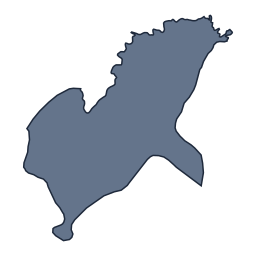 Santiago Atitlán, Sololá, Guatemala
{"feature_id": "79465075B45388350866104", "entity_name": "Santiago Atitlán", "entity_type": "district", "adm_level": 2, "iso_a3": "GTM", "parent_name": "Guatemala", "parent_adm1": "Sololá", "projection": "mercator", "projection_center": [-91.211, 14.599], "detail": "fine", "context": "isolated", "style": "filled", "palette": "slate", "viewbox_px": 256, "rotation_deg": 0, "n_neighbors": 0, "source": "geoboundaries", "source_scale": "gbopen_adm2", "svg_char_len": 4094}
<svg xmlns="http://www.w3.org/2000/svg" viewBox="0 0 256 256"><path d="M63.5,240.6L69.5,239.5L71.8,237.4L72.9,234.0L71.2,229.8L71.6,224.6L74.7,219.8L86.5,208.0L103.9,195.8L114.3,191.8L121.2,190.2L127.3,185.4L129.0,183.0L147.4,159.4L150.4,156.7L153.0,155.4L158.6,155.6L163.9,157.0L168.6,160.1L173.3,164.3L176.3,167.2L201.2,185.8L203.4,172.7L202.6,163.1L201.1,155.0L194.7,148.0L191.1,144.9L184.8,140.8L180.0,136.1L176.2,131.2L175.1,127.9L175.5,123.1L176.7,118.9L181.5,111.8L184.1,103.2L189.3,97.2L193.8,89.7L195.7,84.9L199.8,69.5L201.5,67.4L203.5,61.5L208.1,53.5L211.3,50.5L213.0,47.7L213.9,44.8L216.7,42.2L219.8,41.5L224.5,41.8L227.1,41.0L227.1,40.1L227.5,39.0L228.2,38.7L228.3,37.6L227.5,37.2L225.6,36.5L226.0,35.5L227.0,35.3L228.1,35.1L229.0,35.0L230.1,34.8L231.0,34.2L231.8,33.4L232.3,32.7L232.0,31.8L231.5,31.3L229.8,29.5L229.1,29.8L228.6,30.5L227.8,30.8L227.0,30.8L226.4,31.6L226.2,32.4L226.1,33.2L225.4,34.1L224.1,34.9L222.3,36.1L221.4,36.7L220.5,37.0L219.5,36.7L219.6,35.7L219.8,34.9L219.9,34.1L218.9,33.5L217.7,33.0L217.6,32.1L217.8,31.4L218.3,30.7L219.4,29.3L219.0,28.5L218.3,28.7L215.6,30.2L214.6,30.3L213.9,29.6L213.8,28.7L213.4,27.6L212.6,27.2L212.2,26.4L212.2,25.5L212.5,24.3L212.6,22.7L211.5,22.5L210.9,21.9L211.1,21.2L211.3,20.1L211.5,18.9L211.5,17.7L211.3,16.6L210.8,15.8L210.2,15.4L209.4,15.8L209.3,16.8L209.4,17.8L209.6,19.0L209.5,19.9L208.6,19.5L208.2,18.7L207.4,18.4L206.1,18.4L205.3,18.3L204.7,17.5L204.0,16.6L203.1,17.2L202.1,17.9L201.2,18.4L200.2,18.7L199.5,18.9L198.4,19.0L197.3,19.8L196.1,20.5L194.9,20.7L194.1,20.7L192.9,20.7L191.4,20.4L190.3,20.1L189.3,20.0L188.3,19.7L187.1,19.4L186.0,19.6L185.1,19.6L183.9,19.3L182.9,18.7L182.0,18.6L180.9,18.9L180.0,19.4L179.3,19.8L178.7,20.3L178.0,20.9L177.3,21.6L176.6,22.0L175.8,21.8L175.2,21.5L173.6,19.8L172.9,19.4L172.1,19.9L171.2,20.8L169.9,20.8L169.1,20.7L168.3,20.8L167.3,21.0L166.3,21.2L165.6,21.4L164.5,21.9L163.6,23.1L163.7,24.4L163.9,26.0L163.9,26.8L164.2,27.7L164.4,28.8L164.4,29.8L164.0,30.9L163.5,31.8L162.4,32.4L161.1,32.0L160.4,31.1L159.4,30.4L158.5,30.2L157.7,30.2L156.6,30.1L155.5,29.7L153.7,29.2L153.1,29.6L152.9,30.7L153.0,31.4L153.1,32.2L153.4,33.2L153.5,34.3L153.0,35.0L151.9,34.9L151.2,34.9L150.2,35.0L149.1,34.8L148.4,33.9L147.3,32.8L146.2,32.6L145.3,32.6L144.5,32.6L143.1,33.1L141.3,34.1L140.3,34.5L138.9,34.5L138.2,34.3L137.2,33.8L136.5,33.5L131.7,32.0L131.2,32.6L132.1,33.2L133.0,33.7L134.7,34.3L135.1,35.1L134.4,35.9L133.2,36.3L132.5,37.2L132.7,41.6L132.3,42.4L131.7,43.2L131.0,43.7L129.4,44.1L128.3,44.0L127.5,43.6L126.4,43.2L125.6,43.2L125.3,44.3L125.4,45.1L125.5,45.9L126.0,47.6L126.3,48.7L125.8,49.7L124.4,51.7L123.4,51.8L122.5,51.7L121.7,51.7L120.9,51.7L120.0,52.2L117.8,53.9L117.5,55.0L118.2,55.9L119.2,56.8L121.6,58.4L122.2,59.6L122.1,60.6L121.9,62.5L121.8,63.8L121.3,64.8L120.1,64.9L117.3,64.9L116.1,64.9L115.0,65.5L114.0,66.2L113.0,67.3L111.8,70.0L111.3,71.4L111.1,72.8L111.7,73.5L112.7,73.6L114.1,74.0L114.7,75.0L115.2,75.7L115.9,76.4L116.6,77.6L115.9,78.5L115.3,79.1L115.0,80.0L115.0,80.9L115.0,81.8L115.1,83.0L115.0,84.1L114.5,84.8L113.4,85.5L112.7,85.9L111.6,86.4L110.7,86.8L109.7,87.4L108.8,88.0L108.1,88.6L107.5,89.4L107.1,90.1L106.7,91.2L106.5,92.6L105.9,95.2L105.2,96.1L104.4,96.6L103.7,97.0L102.5,97.8L101.4,98.6L100.2,99.4L99.3,100.2L98.6,100.9L97.8,102.0L97.2,102.8L96.8,103.6L96.2,104.6L95.4,105.3L94.6,106.0L93.6,106.9L92.4,108.1L91.6,109.0L91.1,109.8L90.2,111.2L88.8,112.7L87.8,113.0L86.9,112.9L86.1,112.5L85.3,111.7L84.8,110.8L83.8,109.2L83.6,108.0L83.7,107.0L83.9,106.2L84.3,105.1L84.6,103.8L84.5,101.7L84.2,100.9L83.3,100.1L82.7,99.4L82.4,98.5L82.6,97.5L82.8,96.8L83.1,95.8L82.9,94.4L82.5,93.0L81.9,91.8L81.3,91.3L80.4,90.1L80.7,88.7L73.3,88.3L69.3,88.9L57.2,95.3L48.8,102.2L39.7,111.1L33.1,119.1L26.9,128.6L28.9,131.2L29.5,139.9L28.1,146.6L27.7,152.2L24.0,162.8L23.7,167.2L25.2,169.3L25.7,170.7L28.5,173.0L33.8,174.7L37.9,177.2L43.5,179.1L46.1,181.9L47.0,182.8L48.2,186.9L55.6,202.7L59.8,207.7L63.0,213.1L63.7,213.9L64.7,219.0L63.9,221.9L62.6,223.9L60.6,225.1L54.5,227.4L53.0,228.6L52.8,232.5L55.7,235.7L63.5,240.6Z" fill="#64748b" stroke="#1e293b" stroke-width="1.5"/></svg>